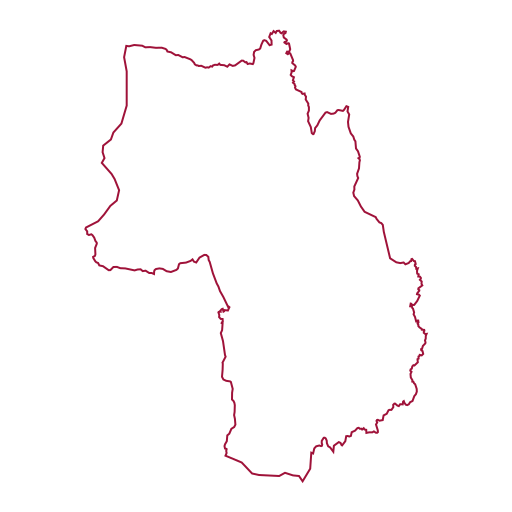 outline of Kandreho, Betsiboka, Madagascar
{"feature_id": "10022922B38821373259374", "entity_name": "Kandreho", "entity_type": "district", "adm_level": 2, "iso_a3": "MDG", "parent_name": "Madagascar", "parent_adm1": "Betsiboka", "projection": "natural_earth1", "projection_center": [46.108, -17.43], "detail": "fine", "context": "isolated", "style": "outline", "palette": "rose", "viewbox_px": 512, "rotation_deg": 0, "n_neighbors": 0, "source": "geoboundaries", "source_scale": "gbopen_adm2", "svg_char_len": 5974}
<svg xmlns="http://www.w3.org/2000/svg" viewBox="0 0 512 512"><path d="M416.8,391.6L416.7,388.9L415.2,384.3L414.0,383.2L413.4,381.8L412.3,381.6L412.4,380.2L410.8,377.5L410.5,373.9L411.5,371.8L410.3,370.7L410.6,369.4L411.8,368.6L412.3,366.4L413.4,365.2L414.4,365.5L417.8,362.3L417.5,359.2L418.6,358.6L418.5,356.5L419.4,356.0L419.7,354.9L421.7,355.4L423.2,353.9L422.5,351.0L421.3,350.3L421.1,349.2L422.0,348.9L422.9,345.9L425.3,343.4L425.5,342.4L425.0,340.4L425.7,338.7L425.8,335.8L426.6,333.9L425.4,334.1L423.8,332.8L423.8,331.6L424.4,330.8L424.2,329.9L421.8,329.7L421.7,328.9L419.5,327.4L418.3,326.0L418.4,324.9L417.6,323.7L418.5,322.5L418.2,320.5L417.7,320.5L417.1,321.7L416.2,321.6L415.0,316.9L413.6,314.3L414.1,312.4L413.0,308.6L412.3,308.0L411.9,306.5L410.2,306.3L410.7,303.6L411.4,303.8L411.9,305.1L414.2,304.9L417.2,301.0L419.8,295.6L419.0,294.7L417.0,294.2L417.2,293.3L419.3,290.7L419.3,290.1L418.3,289.4L418.4,288.3L422.3,285.4L421.5,283.8L421.7,281.5L419.9,279.8L420.8,278.7L420.9,278.0L420.0,276.7L418.3,276.5L418.7,274.3L417.2,273.6L417.0,270.8L417.8,268.4L416.3,268.8L416.0,266.9L414.8,265.8L414.9,264.5L415.7,264.0L415.0,261.2L413.8,261.0L412.1,258.9L411.5,259.1L411.1,261.1L410.1,261.3L408.7,263.0L405.4,264.3L403.6,262.5L400.3,263.1L396.3,262.3L390.1,258.3L383.8,231.8L382.8,224.9L381.3,223.1L379.4,222.4L376.5,218.8L375.7,217.1L364.6,211.8L360.9,206.5L357.8,200.4L354.1,196.1L353.3,192.7L354.4,189.5L354.3,186.5L358.2,178.0L357.4,176.2L357.1,173.8L359.0,168.4L359.4,162.2L359.9,160.3L359.6,159.3L358.5,158.2L359.6,157.6L359.8,156.8L358.0,151.3L356.0,148.5L355.4,141.3L354.3,139.7L353.3,136.5L350.8,133.4L348.5,126.8L348.0,121.9L349.2,114.5L347.5,111.4L348.2,106.9L346.4,106.2L344.0,109.9L342.9,110.9L338.6,110.0L337.4,110.2L335.3,112.8L333.6,113.6L331.0,113.9L327.1,112.1L325.5,112.6L319.7,120.4L317.3,125.4L315.1,128.1L314.8,131.2L313.5,134.1L313.1,134.2L311.8,133.1L310.8,127.0L308.1,121.2L308.6,117.9L307.6,113.7L308.9,110.6L308.9,107.1L308.2,105.4L308.3,103.6L305.7,99.5L306.0,96.6L304.8,94.9L304.6,93.5L302.5,93.9L301.8,93.3L301.5,92.0L295.9,89.4L295.0,87.6L295.5,86.2L294.8,85.4L294.7,84.2L293.0,82.7L294.0,81.5L292.9,80.3L293.9,77.2L291.8,76.2L290.7,74.9L291.6,72.4L291.5,70.4L293.1,71.2L294.0,71.0L295.8,66.8L295.2,65.5L292.3,63.1L292.3,62.2L293.1,61.0L293.0,60.0L290.3,53.5L289.4,53.0L287.8,54.2L286.3,53.2L287.1,51.6L289.1,51.9L290.2,49.2L289.0,43.5L288.2,43.2L286.5,44.0L284.4,42.5L284.6,42.0L286.3,41.5L286.9,40.3L286.6,39.6L283.8,37.5L283.3,35.1L283.6,34.2L285.5,33.0L285.8,31.7L283.7,31.4L281.4,33.3L280.5,32.8L279.1,30.7L276.7,31.0L275.7,32.9L273.6,31.1L271.8,34.0L270.6,33.3L269.2,37.0L271.5,40.5L271.6,44.6L269.6,45.2L266.2,40.8L264.3,40.2L263.2,40.7L261.4,44.6L260.2,48.5L258.9,49.5L255.8,50.2L254.1,51.9L253.6,54.9L254.5,57.9L253.4,63.1L252.8,64.1L249.8,63.5L247.6,64.0L246.5,62.1L245.4,62.4L243.2,60.7L241.7,60.6L235.1,65.4L232.7,65.9L229.5,64.4L227.3,66.7L224.2,65.2L220.3,64.9L219.2,63.6L217.7,64.9L214.8,64.8L212.9,65.5L212.2,66.6L210.6,66.2L208.7,67.6L207.2,67.3L205.4,67.7L201.3,65.8L198.7,66.0L197.7,65.4L196.5,65.4L194.8,64.3L194.1,62.8L191.5,60.0L190.1,59.2L184.5,57.0L182.7,57.3L178.3,55.0L175.8,55.2L171.1,52.3L167.4,51.5L166.7,49.9L165.5,48.9L161.7,47.7L155.8,47.8L150.1,47.1L145.3,47.3L142.2,45.7L134.2,45.0L129.1,46.3L126.3,45.9L124.1,57.2L126.7,71.4L126.7,105.6L121.4,123.6L113.4,132.5L110.9,139.5L103.2,145.6L102.6,152.2L104.5,158.1L101.8,162.9L111.6,174.0L114.6,179.0L119.1,190.2L116.8,200.5L110.4,205.8L104.1,214.5L98.1,221.3L86.0,227.5L85.4,229.0L87.2,231.4L87.2,234.0L88.9,235.0L91.3,234.3L92.4,235.1L94.2,237.6L95.4,240.9L96.7,242.6L96.8,243.7L95.1,248.0L95.4,254.3L95.0,255.8L93.1,256.9L93.3,258.0L95.3,261.3L96.3,262.3L98.1,263.0L99.3,265.4L103.0,266.2L108.7,270.2L110.4,270.1L113.4,267.0L116.9,266.9L120.3,268.2L125.2,268.4L134.6,270.4L137.6,269.5L140.6,269.3L142.7,271.1L145.6,270.7L149.2,273.0L151.7,273.0L154.0,274.0L154.2,271.1L154.7,270.0L156.0,269.0L159.4,268.4L162.8,268.9L166.6,271.2L170.9,272.0L176.4,269.9L177.9,268.5L179.0,264.2L180.3,263.2L186.0,262.6L190.6,260.9L192.5,259.4L193.9,261.6L196.2,262.5L199.5,257.6L204.3,254.9L206.3,255.0L208.3,256.8L208.7,260.1L209.7,261.9L212.9,273.3L216.7,283.4L218.4,286.5L220.0,291.1L223.3,296.9L228.3,307.3L228.8,306.7L229.4,307.2L227.9,310.5L224.6,310.1L224.2,311.2L223.5,311.6L222.7,308.8L221.7,309.2L220.2,310.9L220.6,311.7L218.7,311.9L218.4,312.3L219.3,315.0L219.1,317.1L220.7,318.9L222.6,319.0L222.8,321.4L221.8,322.5L221.7,323.1L222.6,323.2L222.1,330.2L220.8,333.1L223.0,341.1L225.0,355.0L225.6,356.7L222.5,362.7L222.8,363.6L222.6,369.9L222.0,376.8L223.4,379.5L226.2,380.8L230.1,381.4L230.9,382.0L232.7,388.9L232.1,392.7L232.0,399.5L233.6,401.1L234.4,402.9L234.8,405.2L234.6,412.0L234.1,415.1L234.9,418.8L235.4,424.6L234.2,427.0L231.4,428.8L229.3,433.7L227.3,435.4L226.8,441.2L225.0,444.3L224.5,446.1L225.0,448.5L226.5,448.9L226.6,449.4L226.2,450.9L226.6,453.0L225.5,455.7L241.7,462.5L252.1,473.5L259.0,475.0L279.2,476.0L285.0,472.8L293.0,475.4L299.0,476.0L302.6,481.3L310.2,468.7L311.3,452.7L313.1,453.5L314.3,448.4L316.2,446.3L319.3,445.5L321.1,446.1L321.9,445.8L322.2,444.5L321.7,443.0L321.8,440.8L323.7,437.8L324.7,437.7L325.7,438.4L326.7,440.6L326.9,443.2L328.2,446.3L330.1,447.4L333.3,451.7L333.9,445.7L338.8,442.1L340.5,442.9L341.6,445.1L342.1,445.4L345.3,441.2L346.2,436.2L347.7,436.0L349.3,436.5L350.9,435.9L351.7,432.2L355.0,430.7L357.4,428.1L358.7,427.8L359.9,428.8L361.4,428.7L362.1,429.5L363.7,428.2L364.5,429.5L366.2,429.8L366.4,432.9L369.3,432.3L372.4,432.3L373.9,431.4L375.8,432.7L377.1,432.8L377.9,432.1L377.8,430.4L376.0,424.5L377.2,422.5L376.5,420.9L377.0,420.0L377.8,419.8L379.5,420.7L382.7,420.1L383.6,415.4L386.7,413.8L388.5,410.3L389.2,409.9L391.4,409.9L393.3,407.2L393.2,404.8L394.4,403.6L395.1,403.6L397.4,405.6L398.8,406.1L400.2,404.2L402.7,404.4L403.1,401.6L403.8,401.1L404.4,402.8L405.8,404.7L407.2,405.1L408.8,404.3L410.1,402.2L412.5,401.0L414.3,396.1L415.9,394.2L416.8,391.6Z" fill="none" stroke="#9f1239" stroke-width="2"/></svg>